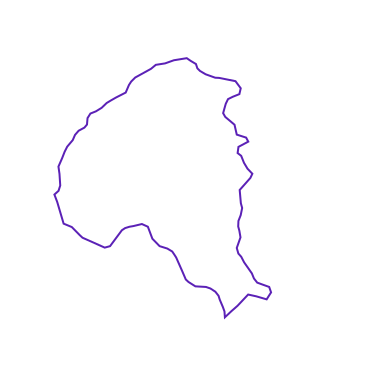 Itambaracá, Paraná, Brazil, rotated 223°
{"feature_id": "56859067B69657690107585", "entity_name": "Itambaracá", "entity_type": "district", "adm_level": 2, "iso_a3": "BRA", "parent_name": "Brazil", "parent_adm1": "Paraná", "projection": "mercator", "projection_center": [-50.428, -22.987], "detail": "fine", "context": "isolated", "style": "outline", "palette": "violet", "viewbox_px": 384, "rotation_deg": 223, "n_neighbors": 0, "source": "geoboundaries", "source_scale": "gbopen_adm2", "svg_char_len": 1486}
<svg xmlns="http://www.w3.org/2000/svg" viewBox="0 0 384 384"><g transform="rotate(223 192 192)"><path d="M82.5,122.8L81.9,131.8L81.1,139.7L81.0,155.3L73.9,159.5L64.2,164.4L65.7,172.5L70.8,175.2L78.0,172.1L82.5,170.2L87.7,171.0L92.7,173.3L105.9,176.1L111.8,178.2L116.1,178.6L121.1,181.6L125.6,191.9L131.0,196.0L134.7,198.3L138.3,202.5L140.6,208.3L144.4,214.5L148.6,217.1L158.5,226.0L158.9,242.1L160.3,246.5L167.3,246.9L173.9,248.8L180.7,252.0L185.2,251.6L188.8,256.7L185.2,267.2L189.5,268.7L198.4,264.5L206.8,270.2L218.9,269.6L223.0,270.9L225.3,275.3L227.5,279.6L229.0,284.5L227.1,289.5L224.1,295.9L227.1,301.1L235.8,302.7L249.9,294.0L253.0,291.4L262.3,287.4L268.6,286.0L272.4,286.1L276.4,288.3L282.4,287.0L287.1,286.3L295.1,276.0L299.4,267.7L305.2,260.3L306.0,254.1L311.6,237.0L311.8,231.3L311.1,227.3L308.3,219.5L312.0,209.3L313.7,203.8L315.1,198.9L315.5,191.9L317.3,185.4L319.8,180.1L318.8,174.8L314.8,169.7L314.6,165.7L316.7,159.5L316.5,154.0L314.6,148.6L314.2,140.1L312.6,134.6L310.1,128.3L307.0,119.5L301.3,114.9L296.2,110.1L292.8,106.9L290.4,101.8L290.9,96.3L283.8,92.8L264.3,81.3L256.0,84.4L244.8,83.9L240.9,83.9L217.9,91.8L215.0,96.5L217.2,116.2L216.3,120.0L214.0,124.0L211.7,127.0L206.8,134.4L200.6,136.5L189.1,130.8L178.8,130.3L171.5,133.8L165.9,135.0L162.4,134.2L158.9,133.3L145.3,127.5L136.9,123.8L133.2,123.8L125.2,125.3L117.0,132.1L112.7,134.0L106.9,135.0L101.8,134.2L98.3,132.2L90.9,128.9L86.8,126.8L82.5,122.8Z" fill="none" stroke="#5b21b6" stroke-width="2"/></g></svg>